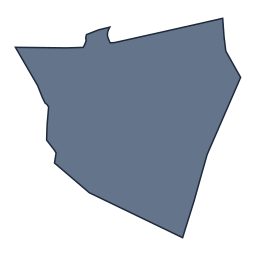 the district of Jaguaruana, Ceará, Brazil
{"feature_id": "56859067B92650873269192", "entity_name": "Jaguaruana", "entity_type": "district", "adm_level": 2, "iso_a3": "BRA", "parent_name": "Brazil", "parent_adm1": "Ceará", "projection": "albers", "projection_center": [-37.778, -4.886], "detail": "fine", "context": "isolated", "style": "filled", "palette": "slate", "viewbox_px": 256, "rotation_deg": 0, "n_neighbors": 0, "source": "geoboundaries", "source_scale": "gbopen_adm2", "svg_char_len": 588}
<svg xmlns="http://www.w3.org/2000/svg" viewBox="0 0 256 256"><path d="M222.7,18.3L217.1,19.6L160.4,32.4L115.0,42.5L110.2,42.9L109.1,40.5L108.1,38.1L107.4,35.6L107.6,32.2L108.4,29.9L109.8,27.1L98.5,29.9L86.5,34.6L85.7,37.8L86.1,40.5L85.4,42.9L84.3,45.3L83.2,47.4L66.3,47.9L15.4,47.3L37.6,85.5L42.3,97.3L45.0,102.9L47.2,104.7L48.6,107.0L48.0,114.4L47.1,124.7L46.6,140.1L54.3,150.0L56.1,153.0L54.5,163.0L89.4,192.8L182.6,237.7L194.0,201.2L199.9,180.1L200.4,178.3L207.1,154.6L238.5,82.3L240.6,77.4L225.8,51.1L224.0,36.3L222.7,18.3Z" fill="#64748b" stroke="#1e293b" stroke-width="1.5"/></svg>